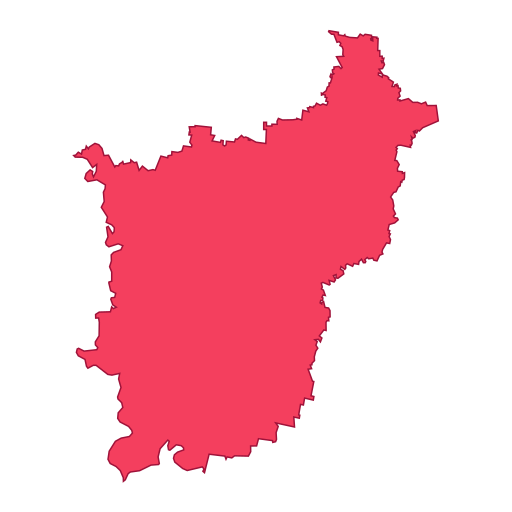 the district of Santiago Tuxtla, Veracruz, Mexico
{"feature_id": "50627088B55545748869449", "entity_name": "Santiago Tuxtla", "entity_type": "district", "adm_level": 2, "iso_a3": "MEX", "parent_name": "Mexico", "parent_adm1": "Veracruz", "projection": "robinson", "projection_center": [-95.381, 18.405], "detail": "fine", "context": "isolated", "style": "filled", "palette": "rose", "viewbox_px": 512, "rotation_deg": 0, "n_neighbors": 0, "source": "geoboundaries", "source_scale": "gbopen_adm2", "svg_char_len": 5957}
<svg xmlns="http://www.w3.org/2000/svg" viewBox="0 0 512 512"><path d="M122.6,160.7L122.7,161.9L119.5,163.9L118.6,165.9L115.8,165.6L114.8,167.0L108.5,155.2L104.0,155.6L102.0,148.4L98.8,144.7L94.9,143.4L89.3,147.0L88.4,148.8L86.3,146.1L85.5,149.3L82.3,150.0L81.5,154.1L78.3,152.2L75.7,155.1L73.7,155.5L75.2,157.1L82.7,157.3L87.3,159.3L92.6,167.6L96.7,164.4L96.3,171.3L93.5,176.9L92.3,173.9L92.7,171.5L90.1,169.9L86.2,173.5L84.8,178.4L87.8,181.5L96.9,179.8L105.4,184.9L105.1,188.7L103.4,192.2L104.2,201.5L101.3,207.3L107.5,217.0L106.2,222.3L111.7,224.8L114.3,227.6L114.1,231.7L112.4,233.6L108.2,226.4L106.6,227.2L108.0,236.9L105.5,242.4L106.3,244.8L108.9,246.8L118.2,243.8L122.8,245.7L121.0,249.7L113.6,252.4L111.2,254.9L111.4,261.0L109.6,266.7L111.7,272.0L111.7,281.2L108.9,282.1L108.9,283.2L110.7,290.7L115.7,293.3L114.7,297.4L111.4,297.8L110.8,299.2L112.8,304.9L116.3,307.2L113.3,308.6L111.7,306.9L110.4,311.8L99.2,312.1L95.6,314.4L95.7,318.1L98.6,318.0L99.3,322.3L99.1,335.8L95.3,341.9L95.4,344.9L97.8,347.6L96.8,349.7L84.1,351.1L78.6,348.3L77.2,349.0L76.4,352.4L78.3,355.8L85.0,359.4L86.5,366.3L87.9,368.2L93.3,365.3L96.1,365.3L107.8,374.4L111.9,375.1L119.7,373.4L118.6,379.0L121.0,387.5L117.6,397.0L118.0,399.0L121.7,402.7L122.8,407.5L118.2,412.8L117.7,418.4L120.1,422.0L128.6,426.4L131.8,430.4L132.4,433.1L129.4,436.5L121.2,438.1L115.4,441.3L109.2,451.2L108.0,459.3L110.2,463.5L116.1,466.5L120.3,470.6L123.3,477.7L123.4,481.3L125.3,479.8L128.1,473.7L130.3,472.0L139.6,470.7L151.0,465.1L158.6,464.5L159.3,463.5L158.1,456.9L160.1,448.7L167.8,440.1L169.2,441.3L167.8,445.7L168.5,449.7L169.9,450.2L176.3,444.8L181.3,445.7L183.5,447.8L183.7,449.9L177.6,452.1L174.4,454.8L173.5,458.3L174.8,462.1L182.7,468.5L187.2,470.5L202.3,466.9L204.0,469.0L202.9,471.3L204.5,472.7L209.1,454.2L224.9,456.1L226.0,459.2L227.1,456.9L231.8,457.9L234.6,455.8L248.4,456.1L250.7,451.7L250.6,446.0L256.6,445.9L258.5,438.7L272.5,440.6L272.8,442.4L275.6,441.7L276.5,439.4L276.1,432.6L278.2,426.4L275.7,422.9L294.5,427.0L293.8,417.0L299.3,418.2L299.8,415.2L298.7,414.9L300.5,404.4L303.4,405.0L304.6,398.1L313.3,400.1L313.9,396.5L311.0,395.8L313.8,381.5L312.5,381.2L308.1,369.2L311.6,368.7L310.2,365.1L311.9,364.8L312.0,363.2L314.5,360.6L314.3,356.8L315.8,351.1L317.8,348.2L315.9,345.2L317.2,341.6L314.9,339.7L318.4,339.3L320.4,341.9L321.9,338.0L319.3,335.9L323.8,330.0L326.1,330.5L326.0,322.2L327.1,320.6L328.8,320.8L328.5,317.3L330.1,316.9L330.0,310.6L328.6,308.0L325.0,307.4L323.6,301.6L321.8,302.6L321.7,304.0L320.1,302.9L320.7,300.4L322.6,300.4L322.9,297.9L321.9,297.2L323.1,295.0L325.3,295.5L323.4,290.1L321.4,288.9L322.3,287.1L321.3,283.2L322.9,282.4L329.2,285.0L330.1,284.3L329.1,280.4L334.1,282.0L335.5,279.9L333.4,275.6L336.1,274.6L336.0,277.9L337.9,278.3L343.8,273.9L343.1,270.7L340.4,269.2L341.0,266.5L344.8,269.4L345.8,267.9L345.5,265.3L347.2,263.8L352.6,266.3L353.9,263.5L358.6,264.4L359.0,261.5L361.5,259.2L363.4,262.7L365.2,262.7L365.8,261.5L364.8,259.6L367.2,257.5L368.7,258.8L372.8,258.1L373.8,260.2L377.0,260.9L379.6,255.3L382.9,253.9L382.0,252.1L382.6,249.5L386.5,242.9L389.7,243.5L390.5,239.6L389.1,236.6L390.3,233.9L389.0,233.6L389.7,230.6L387.9,230.0L389.2,224.5L394.7,222.9L398.2,219.8L397.4,218.1L394.5,217.6L393.4,216.1L395.5,213.9L393.2,208.9L393.8,205.9L392.7,199.9L390.6,197.0L393.7,192.4L396.0,191.8L398.2,187.0L400.2,185.9L400.7,181.7L401.8,182.2L402.2,180.2L404.1,179.5L404.5,177.3L404.6,172.6L402.4,173.4L402.3,171.7L397.6,171.2L397.4,168.3L399.2,164.6L396.8,160.6L394.8,160.4L396.9,151.7L396.1,150.1L397.3,148.7L396.0,147.4L397.9,145.4L400.8,145.2L410.6,147.4L410.2,145.1L411.4,145.1L412.1,143.3L411.6,140.1L410.6,140.1L412.1,139.3L411.5,136.8L412.9,138.2L414.9,137.2L415.3,135.6L413.4,131.6L415.6,130.6L414.9,132.7L416.7,133.0L417.9,130.3L419.4,131.0L422.7,127.7L438.3,120.9L436.2,105.5L427.2,105.6L425.6,102.1L421.4,103.8L417.6,102.3L412.8,102.4L408.4,98.6L400.0,101.0L400.0,99.9L397.6,100.0L397.8,98.3L400.1,96.1L398.9,92.7L400.6,90.9L400.3,88.3L398.3,88.0L398.0,85.6L396.7,85.9L397.0,84.2L395.0,84.8L394.4,86.6L392.0,86.5L393.4,82.1L388.3,78.8L388.7,77.7L387.0,76.2L382.4,74.8L382.2,77.2L378.3,75.0L378.5,73.0L382.5,74.0L379.0,69.2L382.5,68.6L384.5,64.7L383.7,62.4L382.0,62.8L381.3,61.0L383.2,61.0L383.9,58.2L382.2,58.4L382.2,56.2L379.8,56.3L379.8,50.6L377.7,50.5L378.1,38.4L376.7,38.3L376.9,37.2L372.7,36.8L372.8,40.9L370.9,40.1L370.7,38.8L371.7,38.9L371.5,35.3L365.1,34.3L363.2,35.9L360.2,34.1L357.5,37.9L349.7,37.4L345.2,36.1L344.8,34.7L343.6,35.8L338.4,34.8L338.4,32.3L329.0,30.7L328.6,31.7L331.5,34.2L333.9,34.3L337.0,42.3L339.2,41.7L340.8,43.3L339.9,45.5L342.1,46.7L343.1,49.5L342.8,54.6L343.7,56.3L336.5,56.7L342.2,67.5L341.0,68.6L338.8,66.4L333.9,67.0L334.1,69.0L332.3,69.9L332.7,73.0L333.9,73.8L332.0,75.0L331.0,73.9L330.0,76.5L330.5,77.6L332.0,76.9L332.0,77.8L330.4,82.9L329.1,82.9L329.0,86.1L327.3,87.1L326.2,90.7L322.4,93.6L321.4,93.1L321.5,95.8L322.1,94.3L325.3,95.0L325.0,97.2L326.8,97.6L325.8,101.2L327.8,101.6L327.6,103.4L326.6,105.2L322.9,103.9L320.3,105.2L316.5,103.2L315.1,105.9L313.5,106.3L313.5,107.6L309.8,106.6L309.5,107.6L307.4,107.9L308.9,111.8L302.9,110.2L301.7,120.0L296.9,118.4L297.0,119.2L292.7,119.8L282.5,120.0L278.4,118.4L277.0,121.3L277.2,124.3L271.9,124.2L271.9,126.0L266.5,126.0L266.5,122.3L263.7,122.3L263.7,129.5L266.4,129.5L265.8,143.5L256.0,142.2L250.0,139.0L249.9,140.4L248.3,140.0L248.5,138.1L245.7,137.0L243.8,137.6L241.5,135.4L237.4,139.3L235.5,138.9L234.5,142.0L226.4,141.2L226.1,144.9L224.6,146.0L222.9,144.8L223.2,140.7L221.1,140.2L220.4,142.4L212.1,140.9L214.7,135.5L210.6,134.8L211.3,127.3L195.1,125.6L195.1,126.7L189.2,126.8L190.1,132.1L189.3,132.0L188.9,134.9L191.7,135.1L189.8,142.2L191.9,145.1L191.5,147.0L183.5,145.9L181.9,151.1L177.9,152.4L171.9,151.6L171.7,155.1L168.1,155.7L167.7,157.8L160.9,156.1L155.2,170.3L153.0,169.6L148.1,170.7L142.4,166.1L139.1,170.4L136.6,162.2L134.2,162.7L130.8,159.9L130.6,162.6L123.5,164.1L122.6,160.7Z" fill="#f43f5e" stroke="#9f1239" stroke-width="1.5"/></svg>